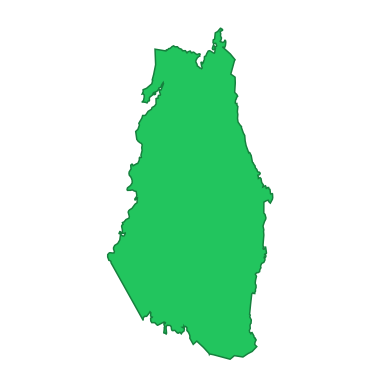 Aulejas pag., Kraslavas, Latvia, rotated 93°
{"feature_id": "27541924B14903693215581", "entity_name": "Aulejas pag.", "entity_type": "district", "adm_level": 2, "iso_a3": "LVA", "parent_name": "Latvia", "parent_adm1": "Kraslavas", "projection": "equal_earth", "projection_center": [27.253, 56.05], "detail": "fine", "context": "isolated", "style": "filled", "palette": "green", "viewbox_px": 384, "rotation_deg": 93, "n_neighbors": 0, "source": "geoboundaries", "source_scale": "gbopen_adm2", "svg_char_len": 6014}
<svg xmlns="http://www.w3.org/2000/svg" viewBox="0 0 384 384"><g transform="rotate(93 192 192)"><path d="M170.1,124.9L169.2,125.2L168.7,125.8L168.6,127.0L168.0,127.7L166.0,128.5L164.6,130.0L162.4,130.5L161.3,131.6L159.7,132.4L159.1,133.2L152.5,134.8L149.7,136.4L149.5,136.8L149.9,137.4L142.8,140.4L138.1,141.6L132.8,142.3L130.4,143.8L125.1,146.0L124.1,146.0L122.5,147.6L119.7,149.7L116.1,150.4L112.1,150.3L109.6,150.9L104.1,150.7L103.3,151.6L101.2,151.8L101.3,153.2L100.6,153.5L97.3,153.2L96.8,152.6L95.4,152.5L94.0,151.4L92.3,152.4L90.3,154.6L80.8,154.5L75.1,155.0L72.2,159.4L58.8,156.5L57.7,155.9L52.2,160.9L45.4,169.3L46.0,167.6L45.8,166.9L44.1,166.3L41.0,166.1L39.4,166.3L38.7,167.0L38.9,167.3L40.2,167.5L41.1,169.1L40.6,170.3L40.5,171.3L40.0,171.8L38.7,171.0L36.6,170.6L34.7,171.7L32.3,171.6L30.6,172.3L30.3,172.2L29.0,170.1L28.6,169.9L27.9,170.2L27.8,171.0L27.1,171.6L27.0,172.2L30.4,174.8L31.9,177.1L37.8,177.4L38.4,177.6L38.7,178.5L39.1,178.8L41.8,178.8L42.8,178.0L42.2,176.8L42.3,176.0L44.7,175.0L45.2,175.2L46.0,176.9L43.9,178.2L47.4,179.2L48.6,178.8L48.8,178.1L48.6,177.5L47.1,176.4L47.2,176.1L51.8,176.7L52.2,177.0L52.2,177.5L50.1,181.4L50.0,182.1L50.4,183.2L53.2,184.6L55.5,185.3L55.8,186.2L56.3,186.7L59.2,186.6L60.9,187.3L62.2,187.4L63.5,188.5L63.2,188.8L62.0,188.9L61.9,189.5L62.3,189.8L65.8,189.0L66.9,188.4L68.0,188.5L68.4,188.9L67.8,189.9L67.7,190.8L66.4,192.1L66.0,193.2L64.1,193.7L61.9,195.0L60.3,194.9L57.7,193.7L56.2,192.1L55.9,191.3L54.9,191.5L54.1,191.1L53.6,191.5L53.9,193.1L54.5,193.8L54.4,194.5L52.3,197.6L52.3,198.3L53.0,199.4L53.0,200.0L51.9,200.6L51.3,201.3L52.3,203.5L53.3,204.3L51.2,206.0L51.4,208.9L50.0,209.9L49.2,212.5L47.7,214.2L47.9,216.6L47.0,218.0L47.8,219.5L49.7,221.3L50.0,222.7L51.5,224.1L51.4,225.0L52.5,225.4L51.3,236.4L66.8,235.0L76.5,236.4L82.2,237.6L82.5,237.1L86.1,237.8L90.8,242.8L92.4,246.2L94.4,246.0L96.8,246.9L96.5,245.9L97.4,245.1L97.9,244.8L99.8,244.7L103.2,245.2L104.4,246.4L104.8,246.3L104.5,245.3L104.9,244.6L104.7,243.6L105.3,242.1L105.3,241.4L103.5,240.6L103.3,239.5L103.0,239.3L100.4,239.5L99.5,239.1L97.3,236.6L95.1,235.8L94.8,235.4L95.3,235.0L96.3,235.3L96.8,235.0L96.4,233.7L95.7,233.5L94.0,234.0L93.5,232.5L91.6,231.0L89.9,230.5L88.9,228.5L86.8,228.0L84.1,226.5L85.3,226.1L91.6,228.2L91.9,228.8L91.5,229.6L91.8,229.9L93.2,229.8L96.1,228.6L96.9,228.7L97.3,230.5L98.2,230.8L100.1,230.9L100.3,232.3L100.6,232.8L106.0,232.5L108.2,233.9L109.7,236.3L111.6,236.9L113.7,240.0L117.7,242.4L118.1,243.6L118.2,245.3L120.8,245.9L126.2,248.7L127.9,248.0L132.2,249.3L134.5,251.4L142.3,249.9L144.2,248.4L145.7,246.2L146.1,245.1L147.5,244.2L150.4,244.5L153.2,244.0L157.8,244.9L160.1,244.4L160.5,245.7L160.2,246.1L160.7,246.4L162.9,246.3L166.4,247.7L166.6,248.7L168.9,252.2L167.5,252.9L167.3,253.4L168.4,254.6L172.2,254.1L175.2,255.8L176.8,255.9L178.5,255.5L180.2,253.9L181.6,253.1L183.5,252.4L186.0,252.2L188.7,253.7L191.2,256.6L192.8,257.0L193.6,256.7L193.8,256.2L193.6,255.2L193.6,253.7L193.0,251.7L194.0,249.7L194.4,247.8L198.3,246.9L200.2,247.5L201.6,248.6L202.5,248.7L202.9,248.5L202.9,248.2L200.8,246.8L200.6,246.2L203.8,246.4L205.5,246.2L207.1,248.2L211.5,251.1L213.0,253.3L214.0,254.2L215.4,254.7L219.7,253.3L221.4,253.6L223.0,256.5L225.4,258.3L226.2,259.9L227.9,259.2L228.8,260.2L229.8,260.5L233.7,259.5L235.5,259.5L236.7,260.6L235.4,261.4L235.3,262.0L237.2,262.7L237.4,262.5L236.7,261.8L237.5,261.2L237.0,260.8L237.3,260.1L236.8,259.1L236.9,257.6L236.3,256.6L236.9,256.4L238.3,257.0L239.3,257.5L239.7,258.5L238.7,260.7L238.7,261.2L243.7,261.6L247.3,263.5L249.4,266.4L251.6,267.4L253.1,267.4L255.3,266.4L256.8,266.6L257.1,267.8L256.9,270.8L257.3,271.6L258.9,272.9L261.3,272.8L264.6,271.4L265.0,270.0L265.5,269.4L267.0,269.1L322.8,234.0L321.0,234.2L319.6,233.7L318.5,232.5L318.7,231.5L318.4,230.7L314.9,228.2L313.8,227.7L314.6,226.8L317.8,226.9L318.6,226.3L319.0,225.1L319.4,225.3L319.9,226.5L320.6,226.7L323.0,226.4L324.6,225.3L324.4,222.4L326.8,219.7L326.8,219.2L323.4,213.3L323.4,212.5L323.9,211.7L324.7,211.9L324.7,212.7L325.3,213.2L327.7,212.3L329.1,212.7L330.0,212.5L333.9,212.8L334.4,212.5L334.3,211.4L334.8,211.0L334.6,210.7L335.0,210.3L334.3,210.0L329.1,210.8L327.4,210.6L326.4,209.7L326.5,206.7L327.7,205.7L330.1,205.3L331.3,204.7L331.5,203.8L331.1,202.5L331.2,201.7L333.3,199.6L333.2,199.0L333.7,198.7L333.6,197.9L332.9,197.2L332.8,196.5L334.2,195.3L332.4,194.2L331.6,192.9L329.7,192.4L328.7,192.6L327.6,194.5L327.3,193.1L326.3,193.1L327.3,192.4L326.6,191.7L326.8,191.0L327.8,190.0L330.7,189.8L330.8,189.3L331.6,189.0L332.1,188.3L334.6,187.0L336.1,186.5L338.2,186.5L344.1,182.8L340.7,179.4L346.6,172.4L352.5,166.4L353.2,166.2L352.8,166.0L353.4,162.0L357.0,145.2L353.2,141.1L354.1,132.5L350.5,127.7L348.1,123.6L343.0,119.2L341.6,120.8L340.7,121.4L338.4,121.1L336.4,120.2L334.8,121.2L335.1,121.4L333.5,122.5L332.6,122.6L329.2,124.7L329.4,125.3L330.4,125.8L329.4,126.5L329.1,127.1L327.1,127.5L325.2,126.7L322.3,127.1L320.7,126.8L320.1,126.2L316.7,126.1L313.7,127.8L311.8,127.4L311.2,128.1L300.6,127.6L290.8,127.0L289.4,125.9L290.1,125.2L290.1,124.0L289.3,124.1L287.6,123.4L286.0,123.6L284.0,123.0L281.7,123.2L280.5,123.9L279.4,124.1L276.6,123.9L272.8,123.2L270.7,124.5L269.1,123.1L269.2,122.0L268.0,120.3L266.0,120.2L264.1,119.2L262.5,119.6L261.2,119.3L259.6,118.6L258.5,116.6L256.1,115.6L254.8,115.7L254.2,116.4L253.3,116.5L252.9,116.2L253.5,115.4L252.8,114.9L251.9,114.9L250.7,115.3L250.8,116.2L250.4,116.2L249.3,114.5L248.6,114.5L243.2,115.6L243.2,116.2L244.6,116.3L245.3,116.9L245.4,117.7L244.9,118.1L243.0,117.8L241.6,118.3L231.2,118.0L227.6,118.5L226.0,118.3L222.3,119.3L217.8,118.1L215.4,117.0L214.0,116.8L210.6,117.9L209.2,119.2L198.4,119.7L196.8,117.3L196.2,115.5L198.0,114.4L199.0,113.2L195.0,111.3L193.3,111.1L189.7,111.5L189.4,111.8L189.8,113.1L189.6,113.5L185.3,114.3L184.8,115.3L183.5,115.7L183.6,116.8L184.5,117.6L184.5,118.1L182.4,118.6L181.9,119.1L183.3,121.5L181.2,121.1L178.8,122.9L175.0,123.8L174.1,124.8L175.0,126.4L173.7,126.5L171.8,127.2L171.2,125.5L170.1,124.9Z" fill="#22c55e" stroke="#15803d" stroke-width="1.5"/></g></svg>